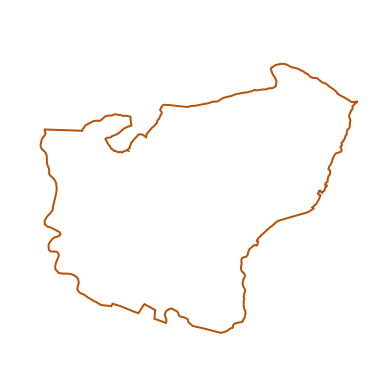 Haghig, Covasna, Romania, rotated 6°
{"feature_id": "2599482B24219232325482", "entity_name": "Haghig", "entity_type": "district", "adm_level": 2, "iso_a3": "ROU", "parent_name": "Romania", "parent_adm1": "Covasna", "projection": "equal_earth", "projection_center": [25.634, 45.863], "detail": "fine", "context": "isolated", "style": "outline", "palette": "amber", "viewbox_px": 384, "rotation_deg": 6, "n_neighbors": 0, "source": "geoboundaries", "source_scale": "gbopen_adm2", "svg_char_len": 5982}
<svg xmlns="http://www.w3.org/2000/svg" viewBox="0 0 384 384"><g transform="rotate(6 192 192)"><path d="M347.5,84.7L346.2,84.8L342.3,85.9L340.8,85.7L337.7,83.9L334.2,82.5L333.1,81.7L331.8,81.5L327.9,79.7L326.3,78.8L326.2,78.4L326.0,78.5L325.0,77.3L323.3,75.9L320.9,74.5L317.6,72.8L314.2,70.4L313.6,70.1L312.4,70.1L311.6,69.7L310.0,69.4L307.1,67.5L304.9,65.9L303.8,65.7L300.5,65.9L298.1,65.3L297.0,64.6L295.0,62.8L294.5,62.5L291.8,61.6L290.1,60.4L288.1,59.8L284.5,58.3L277.8,57.4L272.6,55.3L269.8,55.0L268.2,55.1L265.9,55.6L264.0,56.4L262.0,56.9L257.7,60.4L257.9,60.8L257.8,61.7L258.2,63.0L259.2,65.2L260.1,66.7L261.9,68.7L264.2,72.3L264.4,73.1L264.3,78.0L261.3,80.3L257.6,80.8L254.8,82.2L250.2,82.9L246.0,84.1L243.1,84.1L240.9,85.5L238.9,86.2L236.8,87.0L232.1,88.1L225.3,90.2L220.6,92.6L216.0,94.0L215.0,94.5L213.2,95.2L208.7,98.7L207.2,99.5L203.2,100.0L199.6,101.8L196.1,102.8L187.2,105.6L181.6,106.8L178.8,107.9L170.6,108.0L162.5,107.9L156.1,108.1L154.6,108.3L154.2,108.5L152.4,111.4L151.7,113.5L153.5,115.9L153.7,116.6L153.6,117.1L152.5,119.6L151.5,122.9L150.2,124.2L150.0,125.3L149.9,127.0L147.9,129.7L145.4,132.4L141.1,138.8L140.8,139.3L140.8,141.5L140.6,142.3L137.9,140.7L136.4,140.0L133.7,140.1L133.1,140.4L132.2,141.1L131.7,142.1L129.6,144.7L126.3,149.8L126.1,151.2L125.2,153.9L125.2,154.2L125.5,154.5L125.5,154.8L124.2,155.7L123.9,156.0L123.7,156.5L123.7,157.0L124.2,157.6L122.3,157.4L120.2,158.8L119.1,159.0L118.4,160.1L116.4,159.5L115.8,159.9L114.4,160.2L111.6,159.1L110.7,159.4L110.2,159.3L108.9,158.2L107.1,157.3L105.6,155.2L103.7,153.3L100.3,148.3L100.8,147.8L101.8,147.0L103.3,146.8L105.3,146.1L105.9,145.8L106.3,145.3L106.5,144.9L109.6,143.3L112.6,141.5L113.5,140.7L115.7,138.0L117.9,135.9L121.2,133.9L124.1,132.6L124.8,132.1L124.1,130.0L122.9,123.6L120.8,123.2L118.7,123.1L115.6,123.5L113.0,123.0L107.3,122.7L104.7,124.1L99.0,125.2L98.1,125.6L94.5,129.5L92.7,131.0L89.5,131.0L86.8,131.7L84.2,133.5L79.8,136.2L78.7,137.3L76.2,142.2L76.2,142.6L39.0,145.2L39.1,146.3L39.5,147.5L40.0,148.5L40.1,149.2L40.0,150.1L39.1,151.9L37.8,153.6L37.2,155.4L36.9,156.7L36.6,159.8L36.5,161.2L36.7,162.6L37.3,163.7L38.6,165.3L41.4,167.4L42.6,168.8L43.3,170.1L43.9,172.0L44.4,176.0L44.8,178.5L45.8,181.1L47.2,183.5L47.7,185.3L48.0,188.7L49.1,190.2L53.9,194.1L55.1,195.8L56.0,197.9L57.1,202.8L57.1,207.2L55.3,220.9L55.2,221.8L55.4,223.3L55.2,224.4L54.6,225.7L53.3,227.8L50.9,231.0L49.7,233.0L48.9,234.7L48.5,236.3L49.0,239.6L52.0,241.5L54.5,241.9L56.7,242.6L64.2,245.7L65.5,247.0L65.6,248.1L64.0,249.9L59.7,251.7L58.6,252.8L57.3,254.4L55.5,257.5L55.1,259.0L54.9,260.3L55.6,264.1L56.3,265.1L57.4,265.8L60.0,265.8L63.3,265.5L64.6,266.1L66.0,267.9L66.2,269.1L66.0,270.5L65.3,272.4L63.9,277.4L63.8,281.3L64.2,283.1L67.1,285.7L68.0,286.4L70.0,286.6L72.8,286.6L76.1,286.2L78.0,286.2L80.9,286.4L82.5,286.8L84.0,287.4L86.2,288.7L87.1,289.6L87.8,290.7L88.8,293.6L88.8,294.6L88.1,299.2L88.2,300.9L88.9,302.0L89.8,303.1L92.3,304.5L94.7,305.0L99.0,307.5L105.1,310.3L109.4,312.0L110.8,312.8L112.3,313.4L114.2,313.9L117.2,314.0L121.3,313.8L123.7,314.1L124.6,311.4L133.3,313.1L146.2,316.9L151.3,318.2L155.1,310.8L156.4,308.5L167.9,313.3L167.7,314.6L167.7,316.0L167.9,322.0L179.8,324.9L180.1,323.2L179.8,321.6L179.4,320.4L178.0,318.0L177.6,316.4L178.5,313.9L179.7,312.2L181.4,311.0L183.2,310.0L184.2,310.1L189.1,312.1L190.0,312.7L190.8,313.6L191.8,315.9L192.6,316.7L193.8,317.2L197.2,317.5L199.5,318.2L200.8,318.9L201.5,319.7L201.8,320.9L201.9,321.8L206.3,324.9L207.2,325.2L218.9,326.6L234.8,329.0L235.6,329.0L236.9,328.6L240.6,327.0L245.1,323.3L245.8,323.0L246.5,323.0L246.7,322.8L246.9,321.8L246.9,320.2L247.2,319.5L248.0,318.6L249.1,317.9L250.2,317.8L250.9,317.3L253.8,316.4L255.1,316.2L256.2,314.9L256.2,314.3L256.4,313.6L256.5,313.2L257.3,312.0L257.7,309.9L257.6,308.8L258.0,307.4L257.7,306.1L257.7,305.4L257.6,305.0L255.9,302.4L255.9,301.0L255.4,300.2L255.0,296.8L254.8,296.2L254.7,295.5L255.1,294.1L255.0,293.0L255.2,292.5L254.4,291.2L254.4,289.9L254.6,289.6L254.6,288.0L255.2,284.4L254.9,283.3L252.9,280.6L251.8,277.6L251.8,276.9L252.2,275.8L252.2,273.8L253.1,271.6L253.4,269.5L253.1,268.7L252.6,267.9L252.0,267.2L250.6,266.3L249.5,265.1L249.0,264.0L248.7,262.8L248.6,261.9L248.9,257.9L248.3,255.8L248.2,254.7L248.4,253.2L248.7,252.5L250.0,251.6L252.4,251.0L253.4,249.6L253.9,248.7L254.4,244.7L255.3,242.6L259.5,238.3L259.9,238.1L261.3,238.6L262.4,238.2L262.5,238.0L262.4,237.3L263.0,234.5L262.9,234.4L262.5,234.6L262.3,234.5L262.3,234.2L261.6,233.8L261.9,233.2L262.3,233.0L262.3,232.8L262.0,232.4L262.4,232.0L262.4,231.7L262.8,230.9L272.9,219.3L274.4,218.1L279.6,212.5L280.4,211.9L289.5,208.0L309.3,200.0L310.0,199.6L314.6,195.8L314.5,195.5L313.2,194.7L314.8,193.3L315.1,192.4L316.3,191.7L316.7,191.0L318.9,186.3L319.4,184.9L319.6,183.7L320.2,182.0L320.0,181.8L318.4,181.4L317.9,180.7L317.5,180.5L317.4,180.0L318.2,179.0L318.2,177.7L318.6,177.3L319.6,177.5L319.9,177.6L320.3,178.4L321.1,179.0L321.5,179.2L321.8,179.1L321.9,178.1L323.4,176.9L323.7,176.2L323.9,174.0L324.6,173.2L325.6,171.7L325.4,171.5L324.9,172.1L324.5,172.0L324.6,171.4L323.6,170.7L323.6,170.3L324.4,168.8L325.9,167.1L325.5,165.7L326.1,161.8L327.2,160.3L327.4,159.3L327.3,158.3L327.4,157.1L327.0,156.8L326.9,156.2L326.3,155.5L325.3,155.2L325.3,154.9L325.4,154.5L325.7,152.6L326.9,150.3L327.7,148.0L328.1,147.2L328.2,145.2L328.8,143.8L329.1,142.3L329.8,140.5L330.4,139.4L331.4,138.4L335.0,136.9L336.1,136.0L336.5,135.3L336.6,134.9L336.4,134.2L335.2,132.3L334.9,131.6L335.2,130.9L336.1,130.3L336.3,129.9L336.2,129.1L335.5,127.9L335.6,127.3L336.7,126.3L336.8,125.6L337.9,124.1L338.0,123.1L338.7,122.2L338.7,121.9L338.5,121.2L338.7,120.3L340.0,118.4L339.6,117.3L339.7,116.2L339.9,115.4L339.9,114.6L340.4,113.4L341.4,112.5L342.0,111.0L342.0,108.9L341.8,107.6L342.1,105.0L341.5,102.6L340.5,101.3L340.3,100.2L340.5,98.7L341.3,95.9L342.0,94.1L342.4,93.4L342.9,92.8L343.1,92.1L343.0,91.5L342.5,90.2L342.7,89.8L344.6,87.4L345.2,86.9L345.6,86.2L346.5,85.7L346.7,85.1L347.5,84.7Z" fill="none" stroke="#b45309" stroke-width="2"/></g></svg>